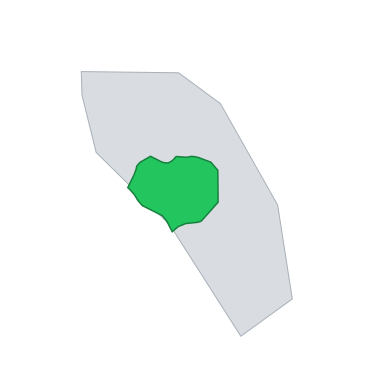 Saint Joseph highlighted on a map of Dominica, rotated 339°
{"feature_id": "DMA-1436", "entity_name": "Saint Joseph", "entity_type": "Parish", "adm_level": 1, "iso_a3": "DMA", "parent_name": "Dominica", "parent_adm1": "", "projection": "robinson", "projection_center": [-61.392, 15.442], "detail": "fine", "context": "in_parent", "style": "filled", "palette": "green", "viewbox_px": 384, "rotation_deg": 339, "n_neighbors": 0, "source": "natural_earth", "source_scale": "10m", "svg_char_len": 794}
<svg xmlns="http://www.w3.org/2000/svg" viewBox="0 0 384 384"><g transform="rotate(339 192 192)"><path d="M247.3,327.8L185.9,344.1L159.5,214.7L116.7,120.8L124.0,62.2L131.8,39.9L222.2,75.9L250.2,119.7L267.3,234.8L247.3,327.8Z" fill="#d9dde1" stroke="#a8b0b8" stroke-width="1"/><path d="M159.3,222.0L158.0,210.2L155.9,203.6L140.8,187.0L138.5,180.8L137.2,173.7L134.3,166.0L133.6,164.9L144.2,155.0L148.1,150.6L148.8,149.3L149.7,148.0L154.2,145.6L166.1,143.8L174.5,153.1L176.8,154.8L180.0,156.3L183.8,155.9L186.5,155.0L189.2,153.5L189.9,153.3L190.7,153.5L197.5,156.8L199.9,157.7L202.0,158.2L203.9,158.4L206.5,159.6L210.3,162.0L220.3,170.9L223.9,181.0L212.7,210.9L190.7,222.3L188.7,222.6L185.9,222.2L174.7,219.2L166.6,219.4L159.3,222.0Z" fill="#22c55e" stroke="#15803d" stroke-width="1.5"/></g></svg>